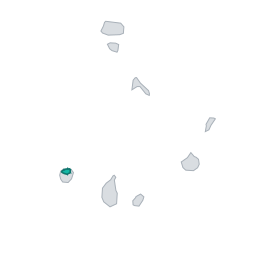 Sao Lourenco, São Filipe, Cabo Verde shown in context, rotated 35°
{"feature_id": "66160863B41356087556588", "entity_name": "Sao Lourenco", "entity_type": "district", "adm_level": 2, "iso_a3": "CPV", "parent_name": "Cabo Verde", "parent_adm1": "São Filipe", "projection": "robinson", "projection_center": [-24.437, 14.978], "detail": "fine", "context": "in_parent", "style": "filled", "palette": "teal", "viewbox_px": 256, "rotation_deg": 35, "n_neighbors": 0, "source": "geoboundaries", "source_scale": "gbopen_adm2", "svg_char_len": 2773}
<svg xmlns="http://www.w3.org/2000/svg" viewBox="0 0 256 256"><g transform="rotate(35 128 128)"><path d="M162.1,196.6L158.5,202.9L150.5,202.4L146.4,199.8L141.6,191.9L141.8,185.7L143.5,180.4L143.2,175.8L143.8,174.6L146.3,175.4L146.7,178.5L153.9,186.1L156.6,187.6L162.1,196.6ZM58.5,63.3L52.7,64.8L50.2,64.1L49.4,58.6L48.2,55.0L48.5,53.4L61.9,46.3L66.6,47.5L69.9,53.1L67.7,56.3L58.5,63.3ZM193.6,112.1L198.6,113.4L200.5,112.9L203.7,113.2L207.1,116.8L207.8,120.6L206.1,125.4L199.5,129.4L195.7,128.9L191.1,125.3L193.7,118.2L193.6,112.1ZM110.2,207.0L105.5,209.7L102.2,208.5L99.1,205.8L97.6,201.9L98.8,198.5L105.1,194.5L108.9,195.8L110.9,202.0L110.2,207.0ZM123.4,85.6L125.9,87.6L126.7,89.1L123.0,89.8L114.1,87.2L111.7,88.8L109.3,94.5L104.8,85.9L105.1,82.7L106.1,81.8L112.4,84.1L123.4,85.6ZM177.9,187.8L176.2,188.0L173.7,184.9L174.2,180.6L173.9,179.5L176.2,174.9L180.5,175.3L181.6,178.7L181.8,185.7L177.9,187.8ZM75.5,72.2L70.5,73.8L67.5,73.6L63.1,71.2L64.5,68.5L69.2,65.6L72.5,65.0L75.2,70.2L75.5,72.2ZM195.3,83.1L193.4,86.6L191.0,81.4L189.8,80.2L189.1,72.8L192.6,70.6L194.3,70.4L194.4,78.1L195.3,83.1Z" fill="#d9dde1" stroke="#a8b0b8" stroke-width="1"/><path d="M105.1,200.8L105.0,200.5L105.0,200.4L105.0,200.2L105.1,199.8L105.2,199.7L105.3,199.5L105.3,199.4L105.4,199.2L105.5,199.1L105.7,198.9L105.8,198.7L105.9,198.4L106.0,198.4L106.1,198.1L106.3,197.9L106.2,197.9L106.2,197.7L106.0,197.3L106.0,197.2L105.8,196.8L105.7,196.8L105.7,196.7L105.4,196.4L105.3,196.2L105.2,196.2L105.1,195.9L105.0,195.7L104.9,195.6L104.8,195.4L104.8,195.2L104.7,195.1L104.4,195.2L104.4,195.3L104.3,195.2L104.1,195.3L103.9,195.4L103.8,195.5L103.7,195.5L103.6,195.4L103.4,195.4L103.2,195.4L103.1,195.5L103.1,195.4L103.0,195.5L102.9,195.6L102.7,195.7L102.6,195.8L102.4,196.0L102.2,196.2L101.9,196.3L101.8,196.2L101.8,196.3L101.8,196.2L101.8,196.3L101.7,196.4L101.6,196.5L101.6,196.4L101.5,196.5L101.5,196.4L101.5,196.5L101.4,196.6L101.4,196.8L101.2,196.9L101.2,197.0L101.2,196.9L101.2,197.0L100.8,197.2L100.7,197.4L100.5,197.5L100.4,197.6L100.2,197.9L100.1,198.0L100.1,197.9L100.1,198.0L99.9,198.2L100.0,198.2L100.0,198.3L99.8,198.4L99.6,198.6L99.5,198.8L99.4,198.8L99.4,199.0L99.4,199.3L99.3,199.5L99.2,199.5L99.2,199.4L99.2,199.5L99.3,199.5L99.2,199.6L99.2,200.0L98.9,200.3L98.9,200.5L98.7,200.7L98.7,200.8L98.7,201.0L98.6,201.3L98.6,201.6L98.6,201.8L98.6,202.0L98.5,202.3L98.6,202.2L98.8,202.2L99.0,202.2L99.3,202.1L99.5,202.1L99.8,202.2L100.0,202.2L100.3,202.1L100.6,202.1L100.8,202.1L101.0,201.9L101.3,201.9L101.5,201.8L101.8,201.9L102.0,201.7L102.3,201.7L102.5,201.7L102.8,201.6L103.0,201.5L103.0,201.4L103.4,201.3L103.4,201.2L103.5,201.2L103.8,201.2L104.0,201.1L104.2,200.9L104.4,200.9L104.5,200.9L104.8,200.8L105.0,200.8L105.1,200.8Z" fill="#14b8a6" stroke="#0f766e" stroke-width="1.5"/></g></svg>